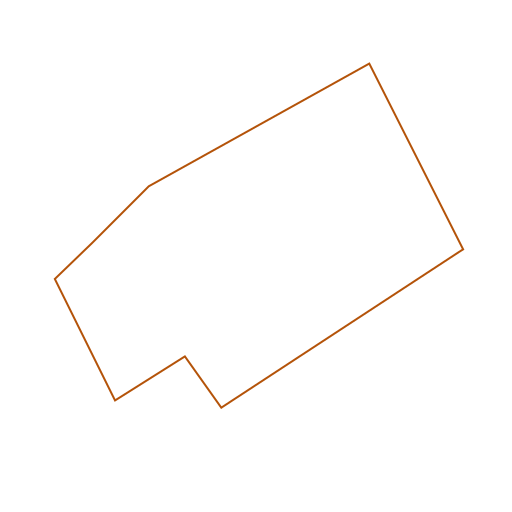 the district of Fayyum City, Al Fayyum, Egypt, rotated 240°
{"feature_id": "37247803B49261326337106", "entity_name": "Fayyum City", "entity_type": "district", "adm_level": 2, "iso_a3": "EGY", "parent_name": "Egypt", "parent_adm1": "Al Fayyum", "projection": "equal_earth", "projection_center": [30.883, 29.214], "detail": "fine", "context": "isolated", "style": "outline", "palette": "amber", "viewbox_px": 512, "rotation_deg": 240, "n_neighbors": 0, "source": "geoboundaries", "source_scale": "gbopen_adm2", "svg_char_len": 296}
<svg xmlns="http://www.w3.org/2000/svg" viewBox="0 0 512 512"><g transform="rotate(240 256 256)"><path d="M370.0,198.0L369.1,194.7L349.2,120.5L336.7,70.3L201.4,61.7L204.6,144.2L142.0,150.1L158.0,433.9L158.2,438.7L366.0,450.3L370.0,198.0Z" fill="none" stroke="#b45309" stroke-width="2"/></g></svg>